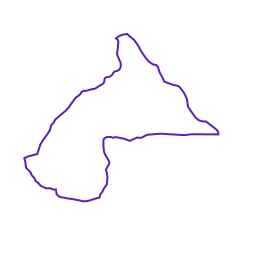 Thedtsho, Wangdi Phodrang, Bhutan, rotated 200°
{"feature_id": "84629894B76025461135829", "entity_name": "Thedtsho", "entity_type": "district", "adm_level": 2, "iso_a3": "BTN", "parent_name": "Bhutan", "parent_adm1": "Wangdi Phodrang", "projection": "orthographic", "projection_center": [89.894, 27.49], "detail": "fine", "context": "isolated", "style": "outline", "palette": "violet", "viewbox_px": 256, "rotation_deg": 200, "n_neighbors": 0, "source": "geoboundaries", "source_scale": "gbopen_adm2", "svg_char_len": 2393}
<svg xmlns="http://www.w3.org/2000/svg" viewBox="0 0 256 256"><g transform="rotate(200 128 128)"><path d="M40.9,152.9L41.7,154.9L44.4,156.8L48.4,158.1L54.8,160.1L56.9,160.8L59.7,159.9L61.9,159.5L64.4,159.5L68.6,161.2L75.1,165.7L78.9,168.5L82.5,175.3L85.4,178.4L88.8,181.2L93.6,184.1L95.4,184.8L96.8,184.4L100.4,184.0L106.6,183.9L109.9,184.1L112.7,187.1L117.1,190.9L120.8,195.6L123.1,196.8L125.9,196.3L130.2,197.2L134.9,199.6L141.8,204.6L147.0,209.2L152.6,213.0L155.5,213.9L158.6,215.0L160.8,216.1L164.9,213.9L168.0,211.2L169.9,208.1L168.2,207.6L167.1,206.7L166.7,206.0L166.4,205.1L165.9,203.6L165.9,202.7L165.4,201.2L164.9,200.1L164.7,198.3L164.3,197.1L164.2,196.2L164.1,195.4L163.8,194.4L163.3,193.6L162.6,192.4L161.5,191.3L160.2,189.9L159.0,188.5L158.1,187.6L157.2,186.7L156.7,185.6L156.2,184.4L156.0,183.4L155.7,181.7L156.0,180.2L156.5,179.4L157.0,178.7L157.7,178.0L158.6,177.5L160.0,176.3L160.6,175.1L161.0,172.9L161.3,172.0L162.0,171.0L163.2,169.7L165.3,168.6L166.1,167.8L166.6,167.1L166.8,166.2L166.6,165.1L166.2,163.8L166.3,161.8L166.9,160.7L168.2,159.1L169.0,158.2L171.8,154.5L173.1,153.1L174.1,152.7L174.9,152.3L179.5,149.0L180.8,148.2L182.0,148.0L183.9,146.2L184.2,143.9L185.2,141.9L186.3,140.3L187.4,138.9L190.0,130.2L190.8,126.7L192.5,122.8L195.2,118.2L197.1,114.9L199.3,111.0L199.7,107.8L201.1,104.4L200.6,99.4L200.9,98.1L201.9,93.8L203.5,88.5L204.7,82.4L204.3,72.5L212.2,67.1L215.1,64.1L213.2,61.6L210.4,56.1L208.6,54.9L205.7,53.8L204.8,53.2L204.0,52.6L203.2,51.7L202.3,50.8L201.6,50.3L199.9,49.5L199.0,49.0L196.4,46.6L195.2,46.1L194.3,45.9L193.3,45.5L191.6,44.5L189.8,43.8L188.6,43.6L186.8,43.5L185.4,43.4L183.9,43.4L182.9,43.9L181.2,44.5L180.0,44.8L178.8,44.7L177.6,44.6L176.2,44.9L174.8,45.6L172.3,41.2L169.0,39.9L165.0,40.5L162.7,40.9L161.7,41.0L160.1,41.3L154.8,42.4L148.6,43.4L145.1,43.8L141.8,45.1L138.9,47.0L136.4,49.1L133.4,51.2L131.2,52.5L131.3,56.2L130.3,59.2L129.9,63.2L128.6,67.8L130.3,74.3L133.0,79.4L134.4,80.9L134.4,82.4L133.6,86.6L133.6,89.1L135.5,91.3L137.5,92.9L139.9,94.7L142.5,97.6L143.0,98.7L144.5,101.7L145.7,104.7L147.0,108.3L146.6,110.2L145.7,111.2L144.5,112.5L142.3,113.3L140.9,113.6L138.7,113.8L136.3,115.3L135.0,115.5L133.7,115.7L130.9,116.1L128.0,116.6L124.6,116.6L121.7,116.6L119.9,118.6L116.4,122.0L112.3,123.2L107.7,128.2L95.4,133.8L72.8,140.5L69.9,141.9L65.8,144.0L56.0,147.5L40.9,152.9Z" fill="none" stroke="#5b21b6" stroke-width="2"/></g></svg>